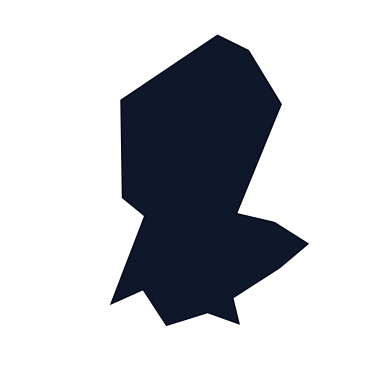 outline of Al Wusţá, rotated 71°
{"feature_id": "BHR-4928", "entity_name": "Al Wusţá", "entity_type": "Governorate", "adm_level": 1, "iso_a3": "BHR", "parent_name": "Bahrain", "parent_adm1": "", "projection": "mercator", "projection_center": [50.59, 26.145], "detail": "fine", "context": "isolated", "style": "filled", "palette": "ink", "viewbox_px": 384, "rotation_deg": 71, "n_neighbors": 0, "source": "natural_earth", "source_scale": "10m", "svg_char_len": 367}
<svg xmlns="http://www.w3.org/2000/svg" viewBox="0 0 384 384"><g transform="rotate(71 192 192)"><path d="M138.0,79.2L226.9,157.1L247.8,124.0L278.7,99.3L292.0,133.8L305.3,188.0L331.8,190.5L310.9,216.6L309.7,259.5L268.2,269.9L271.3,304.8L199.2,244.3L174.7,259.5L82.1,229.2L52.2,116.9L76.7,92.6L138.0,79.2Z" fill="#0f172a" stroke="#020617" stroke-width="1.5"/></g></svg>